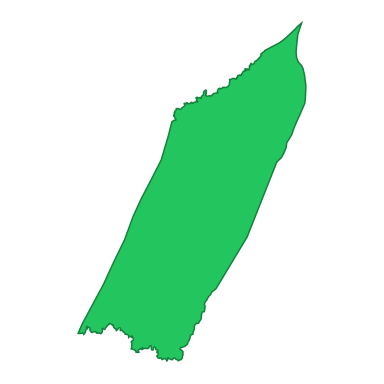 outline of Feuang, Vientiane, Laos
{"feature_id": "54806243B7670424419028", "entity_name": "Feuang", "entity_type": "district", "adm_level": 2, "iso_a3": "LAO", "parent_name": "Laos", "parent_adm1": "Vientiane", "projection": "albers", "projection_center": [102.059, 18.657], "detail": "fine", "context": "isolated", "style": "filled", "palette": "green", "viewbox_px": 384, "rotation_deg": 0, "n_neighbors": 0, "source": "geoboundaries", "source_scale": "gbopen_adm2", "svg_char_len": 5914}
<svg xmlns="http://www.w3.org/2000/svg" viewBox="0 0 384 384"><path d="M178.1,360.7L179.3,360.3L180.3,359.7L181.0,359.7L181.9,358.6L182.3,357.9L182.3,356.8L182.7,356.0L182.7,355.1L183.1,354.5L183.1,354.1L182.7,353.6L182.6,353.2L183.1,352.2L183.1,351.9L182.5,351.0L181.9,350.6L181.3,349.9L180.2,349.7L179.9,349.1L180.2,348.3L180.9,347.5L182.1,347.4L183.7,346.7L184.9,346.4L185.9,345.3L186.8,344.8L187.5,344.0L188.0,341.9L189.0,340.7L189.7,338.9L189.9,337.9L190.7,335.4L191.3,334.7L192.5,334.4L192.9,334.2L193.1,331.9L193.7,330.9L194.4,328.9L194.3,326.0L194.7,325.1L195.0,324.7L196.6,323.4L197.7,323.5L198.6,323.1L199.7,321.0L200.5,320.1L201.3,318.2L201.5,314.1L202.3,312.2L202.8,311.7L203.8,311.9L204.2,311.7L204.5,310.9L204.7,309.4L205.0,308.7L204.6,307.9L204.7,307.4L205.2,306.6L204.6,304.8L204.3,304.3L204.8,302.9L205.8,301.1L206.9,300.0L207.4,298.6L208.8,296.4L210.7,294.3L211.2,293.0L211.5,292.4L212.8,291.2L214.5,290.1L216.2,288.4L247.1,237.0L276.8,162.0L281.4,157.6L284.3,152.2L286.2,147.4L286.7,143.0L291.6,134.9L293.9,128.4L295.8,123.7L300.8,112.6L304.8,103.3L305.4,97.5L305.9,86.0L304.6,75.6L303.1,68.8L301.5,65.4L298.4,62.1L296.6,57.6L296.1,52.8L296.3,48.7L297.8,34.4L301.6,23.0L297.7,26.3L295.7,28.6L286.6,37.2L283.0,40.2L279.4,42.8L264.8,50.5L264.6,51.1L263.6,52.0L262.5,52.5L261.7,53.6L260.8,54.1L260.8,54.5L261.2,55.4L261.1,55.8L260.5,56.3L260.0,57.2L259.5,57.5L259.3,58.1L258.2,58.8L257.9,59.5L257.0,60.3L256.8,60.3L256.2,61.0L255.3,61.1L254.7,61.7L254.5,62.1L254.2,63.6L253.3,64.1L252.1,64.2L251.8,64.1L251.4,63.6L251.1,63.4L250.9,63.6L250.2,65.0L250.7,65.4L250.5,65.6L249.6,65.7L249.4,66.1L249.3,69.1L248.9,69.9L248.5,69.8L247.7,69.0L246.2,69.0L246.1,69.4L246.5,70.2L246.0,70.3L245.7,70.0L245.7,68.9L245.4,68.7L245.0,68.8L245.1,69.4L245.0,71.0L244.7,71.4L244.2,71.4L243.7,71.1L243.3,71.3L242.7,72.3L242.4,73.1L241.7,73.7L241.5,74.2L241.6,75.1L241.4,75.4L240.3,75.6L240.3,75.1L240.1,75.0L237.8,75.5L237.7,76.0L237.6,77.1L237.5,77.3L237.2,77.1L236.9,77.2L236.4,78.7L235.9,79.4L235.4,79.3L235.1,78.7L233.1,78.3L231.6,79.1L229.6,79.4L229.5,79.8L230.0,81.1L229.5,82.4L229.5,84.0L228.9,85.5L227.3,86.8L226.5,87.3L225.7,87.5L223.7,87.3L222.7,87.4L221.7,88.5L221.0,88.8L220.6,88.8L220.2,88.4L219.3,88.3L218.5,88.8L217.3,91.2L217.4,92.1L217.8,92.7L216.3,93.1L213.6,93.5L211.3,95.9L210.9,96.0L209.8,95.7L208.6,96.0L207.5,96.2L206.3,95.9L205.6,95.5L205.6,94.8L206.1,94.2L206.3,93.7L206.0,92.9L206.4,91.6L206.4,91.0L205.8,90.0L204.2,91.2L203.7,91.9L203.5,92.6L203.7,93.4L203.6,93.7L203.0,95.2L201.9,95.9L201.4,96.7L201.1,98.3L199.8,97.6L199.2,97.8L197.9,97.8L197.7,97.7L197.4,97.3L197.1,97.3L196.9,97.6L196.1,97.7L196.0,98.1L196.7,98.7L197.0,99.5L196.5,100.1L196.5,100.6L197.7,101.5L197.4,102.0L196.9,102.1L196.2,101.9L195.5,101.9L194.7,102.3L193.9,102.3L193.1,103.1L192.6,103.4L192.1,103.1L191.7,102.3L191.3,102.3L190.1,103.5L188.8,103.5L187.7,103.9L187.3,103.6L187.1,102.7L186.7,102.6L185.9,103.5L184.5,103.4L184.2,103.6L184.1,103.8L185.3,104.3L185.3,104.8L184.5,105.9L183.6,106.7L181.6,108.1L181.0,109.2L179.6,109.3L178.3,108.6L177.4,108.8L176.6,108.5L176.3,108.7L176.2,109.7L175.9,110.2L175.2,110.6L174.9,111.5L174.9,112.5L174.3,112.8L174.2,113.0L174.3,113.7L174.1,114.0L173.9,115.4L173.7,115.7L173.7,116.0L174.0,116.1L174.3,115.8L174.3,116.7L174.7,117.3L175.0,118.0L175.7,118.8L175.9,119.9L175.7,120.2L174.9,120.1L173.7,120.5L173.2,121.1L172.6,121.2L171.9,121.8L168.4,135.6L161.2,160.0L150.6,180.8L141.3,198.6L133.0,216.7L124.6,239.7L113.6,262.3L103.5,284.3L82.4,323.5L78.1,333.3L78.8,333.5L80.0,333.5L82.5,333.1L83.4,333.3L83.8,333.8L83.8,334.3L84.1,334.1L84.7,333.4L85.3,332.2L85.9,329.7L86.4,329.1L87.6,328.7L87.5,328.2L86.4,327.2L86.5,326.8L86.9,326.5L87.8,327.1L89.3,327.4L89.8,328.0L90.2,328.9L89.9,329.7L90.0,330.5L90.7,331.3L91.1,332.0L92.0,332.6L93.3,331.9L93.8,331.7L94.7,331.8L95.4,331.5L95.9,331.7L96.4,333.0L96.8,333.2L97.4,333.2L97.9,332.7L98.4,333.1L99.4,333.1L100.7,333.7L101.5,333.1L102.2,332.1L102.4,331.1L102.1,329.3L102.3,328.6L102.7,328.3L103.0,328.4L104.1,329.5L104.7,329.4L105.1,328.9L105.3,328.2L107.0,326.3L107.3,325.5L108.9,324.6L109.0,323.7L109.6,323.4L110.1,323.5L110.7,324.0L111.3,324.1L111.9,324.8L112.3,324.8L112.5,325.2L113.3,325.0L113.5,326.7L114.0,327.8L114.4,328.1L115.0,328.4L115.1,328.8L115.4,329.0L116.1,328.9L116.4,329.3L116.3,330.4L116.4,330.7L116.7,330.6L116.8,330.2L117.1,329.8L117.8,329.3L118.6,327.9L119.2,327.6L119.9,327.7L120.4,328.3L120.4,329.3L120.2,329.9L120.2,330.3L120.6,330.6L121.7,330.3L122.3,330.4L123.2,331.8L124.4,332.5L125.0,333.5L125.1,334.2L127.9,334.6L128.4,335.2L128.7,337.3L128.9,337.1L129.5,336.9L130.2,336.4L131.5,336.1L132.3,336.2L132.5,336.5L132.4,336.9L131.5,337.2L131.9,337.5L132.6,337.7L133.2,338.3L133.4,339.2L133.2,340.2L132.5,340.8L131.6,341.1L131.3,341.6L131.8,343.9L131.7,344.4L131.8,344.9L131.5,346.9L131.8,347.7L131.7,348.4L131.2,348.6L131.3,349.0L132.7,349.3L134.2,349.8L135.3,350.5L135.9,351.4L136.0,352.2L136.8,352.4L138.4,352.4L138.9,352.2L138.0,350.6L138.4,350.1L142.2,347.8L142.3,348.2L141.9,349.4L142.3,349.5L143.1,348.8L144.4,348.4L145.9,348.4L146.6,348.6L147.6,348.6L148.2,348.3L148.8,347.9L149.6,346.0L150.2,345.6L150.7,345.6L151.0,345.9L151.2,346.3L151.4,349.2L151.6,349.7L152.0,350.1L152.7,350.0L153.4,349.6L153.5,349.0L153.4,347.9L153.5,347.6L153.9,347.2L154.8,347.1L155.1,347.3L155.6,348.2L156.0,349.7L157.4,349.9L157.9,350.4L158.0,350.8L157.9,351.1L156.9,351.8L156.8,352.5L157.7,352.6L158.0,352.8L158.2,353.2L158.2,354.6L157.9,355.1L157.0,355.7L156.8,356.0L157.7,357.6L158.3,358.1L159.5,358.3L160.7,358.0L161.2,358.0L161.5,358.3L161.8,359.5L162.0,359.5L162.6,359.5L163.5,358.8L163.9,358.7L165.8,358.9L166.2,359.3L166.6,360.9L166.8,361.0L167.4,360.3L167.7,358.9L167.7,358.0L167.9,357.8L168.4,357.8L168.7,358.4L169.2,358.8L170.9,359.3L171.8,359.8L172.3,359.7L172.6,359.5L173.2,358.6L173.8,358.1L174.5,358.1L174.9,358.2L176.0,359.4L177.9,360.0L178.1,360.7Z" fill="#22c55e" stroke="#15803d" stroke-width="1.5"/></svg>